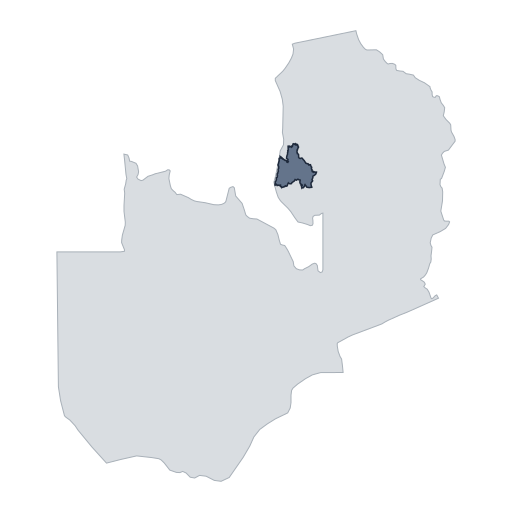 Mansa, Luapula, Zambia shown in context
{"feature_id": "96606910B48291631033153", "entity_name": "Mansa", "entity_type": "district", "adm_level": 2, "iso_a3": "ZMB", "parent_name": "Zambia", "parent_adm1": "Luapula", "projection": "equal_earth", "projection_center": [28.97, -11.124], "detail": "fine", "context": "in_parent", "style": "filled", "palette": "slate", "viewbox_px": 512, "rotation_deg": 0, "n_neighbors": 0, "source": "geoboundaries", "source_scale": "gbopen_adm2", "svg_char_len": 9037}
<svg xmlns="http://www.w3.org/2000/svg" viewBox="0 0 512 512"><path d="M343.1,372.5L320.5,372.6L312.3,374.9L305.6,378.6L297.5,384.2L292.9,388.2L291.6,390.4L291.0,395.2L291.0,402.6L290.2,408.0L287.7,412.9L275.5,418.8L267.6,423.7L259.8,429.4L253.9,436.9L249.8,446.0L243.2,457.3L229.2,477.5L221.1,481.3L214.3,480.4L206.1,476.2L199.5,475.4L194.7,478.0L190.2,477.2L186.1,473.0L182.7,471.4L179.9,472.6L176.4,472.4L169.8,470.1L164.2,462.9L161.1,459.9L158.8,458.7L152.0,457.6L136.6,455.9L120.6,459.5L106.5,463.1L92.0,447.1L78.0,430.1L75.1,425.7L69.8,420.0L66.0,417.3L64.5,415.8L60.6,400.7L58.4,386.7L56.9,251.9L120.3,251.9L124.4,251.3L124.5,249.8L121.6,242.6L121.7,240.0L122.4,235.1L125.2,225.3L125.3,222.1L124.0,211.4L124.0,205.4L124.7,193.3L124.2,189.2L125.7,183.8L126.2,180.2L126.8,178.7L126.0,174.5L124.6,160.2L123.9,154.1L127.7,155.0L129.0,158.0L129.7,161.2L131.4,161.4L136.0,163.3L137.6,166.0L138.6,171.8L138.0,174.7L136.6,177.1L138.1,179.2L141.1,180.6L142.9,180.2L148.0,176.3L152.7,174.8L155.1,173.8L165.6,171.2L167.6,169.8L169.1,169.8L170.2,170.9L169.2,175.0L168.9,178.6L170.3,185.5L171.3,188.7L173.5,191.0L175.0,192.2L176.8,194.6L180.5,194.2L188.5,197.7L191.0,199.3L194.4,200.9L196.8,201.5L205.1,202.7L213.9,204.7L218.4,204.9L221.6,204.4L223.9,203.4L225.3,202.3L225.9,201.3L229.2,188.3L230.8,187.3L233.0,186.6L234.3,187.8L235.7,196.0L242.1,203.4L244.2,209.6L245.8,214.9L247.2,216.4L249.6,218.2L253.5,218.8L256.9,219.0L273.9,228.1L275.8,229.7L277.9,234.6L279.2,240.0L280.5,244.3L282.7,245.1L284.7,245.5L286.6,248.4L288.1,251.0L293.2,261.6L293.9,265.9L296.3,268.7L299.6,269.9L302.7,270.0L304.4,268.8L308.8,266.6L312.2,264.1L314.7,263.2L316.1,263.7L317.3,265.5L318.0,270.8L320.4,272.6L322.2,271.9L322.9,269.8L322.9,268.7L322.9,213.1L321.4,213.5L319.4,215.1L314.9,215.3L313.1,216.4L312.6,218.2L312.9,220.5L313.0,223.7L312.4,225.2L310.4,225.7L307.5,224.5L302.3,222.9L298.0,222.0L294.9,217.8L290.7,211.5L288.0,208.3L281.3,201.7L280.2,200.4L278.2,197.3L276.4,192.1L274.8,186.1L273.9,182.2L275.5,176.3L279.4,157.0L280.2,150.9L283.5,144.8L283.7,139.3L282.4,132.3L282.7,128.4L283.2,106.2L282.3,99.2L280.1,91.4L275.3,80.6L275.3,78.3L282.7,71.3L284.9,68.6L288.8,62.9L291.4,58.1L293.0,54.1L293.6,49.0L292.3,44.2L294.9,43.2L355.9,30.7L356.7,34.1L358.6,39.6L360.7,43.6L363.3,47.2L365.5,49.4L367.0,50.0L376.4,49.8L379.8,52.0L382.7,54.7L383.4,59.0L385.3,61.6L387.4,63.7L388.3,64.0L389.9,63.5L392.4,63.4L394.7,64.3L395.8,65.3L395.9,68.8L396.6,70.4L399.8,71.0L403.0,71.3L406.1,73.7L409.5,74.2L413.4,75.1L415.2,77.7L419.4,80.4L424.5,82.8L430.0,86.7L430.1,87.9L431.1,90.3L432.1,91.9L432.1,94.4L432.6,96.6L434.0,97.2L435.2,97.4L436.3,95.7L437.8,95.8L439.4,96.8L440.0,99.4L441.3,102.9L443.3,105.4L444.7,107.7L444.2,111.9L443.3,115.8L446.1,119.6L449.7,123.2L450.7,124.8L451.0,130.2L451.5,132.0L454.0,136.5L455.1,139.5L455.1,141.2L448.4,150.1L444.3,151.4L442.5,153.2L441.4,155.1L444.0,163.9L445.4,167.3L444.2,171.5L441.5,178.6L440.3,179.2L440.0,184.6L440.8,186.6L442.1,188.1L442.7,191.8L442.5,200.8L440.8,211.1L443.7,220.1L444.7,221.1L448.9,221.2L449.6,221.9L448.6,224.5L445.6,228.4L440.4,231.5L432.8,234.9L431.2,238.1L430.2,242.8L431.0,245.6L432.0,247.2L431.6,251.3L431.0,255.7L431.2,259.1L430.8,262.1L429.8,263.6L428.5,268.2L426.8,272.7L425.5,274.8L423.6,277.0L420.6,278.8L420.6,279.7L424.0,281.9L424.9,283.3L425.2,284.3L423.8,286.6L425.3,288.0L427.2,289.2L429.0,292.2L431.0,298.0L431.4,298.6L432.0,298.6L433.1,298.0L435.2,295.7L436.7,294.9L438.5,298.2L406.9,312.3L399.5,315.2L388.4,320.2L384.8,322.1L381.9,323.9L352.6,334.9L347.9,337.1L337.6,342.8L337.2,343.7L337.3,346.2L338.2,351.5L340.0,356.4L341.6,359.1L342.5,366.2L343.1,372.5Z" fill="#d9dde1" stroke="#a8b0b8" stroke-width="1"/><path d="M290.6,183.8L291.5,183.6L291.9,182.6L294.2,181.1L295.1,179.5L296.1,180.1L296.4,180.2L296.8,180.0L297.3,179.4L298.0,179.2L298.8,179.8L299.2,179.8L299.6,180.0L299.8,180.1L300.0,180.0L300.2,180.6L300.1,180.8L300.1,181.1L299.8,181.8L299.9,182.4L300.1,183.1L300.3,183.3L300.3,183.7L300.8,184.2L301.1,184.2L301.7,184.5L301.8,184.7L301.7,184.8L301.8,184.8L302.2,185.1L302.1,185.3L301.8,185.4L301.9,185.5L301.5,185.7L301.6,185.8L301.6,186.0L301.5,186.3L301.6,186.5L301.5,186.8L301.6,187.1L301.7,187.3L301.8,187.3L302.0,187.4L301.9,187.6L301.9,187.8L302.0,187.7L302.2,187.8L302.3,187.7L302.5,187.8L302.9,187.9L303.3,187.7L303.5,187.6L303.6,187.4L303.8,187.1L303.9,186.8L304.2,186.6L304.3,186.5L304.7,186.0L304.7,185.6L305.0,185.2L304.8,184.9L305.0,184.6L305.6,185.6L306.0,185.8L306.8,187.2L307.8,187.4L308.4,187.4L308.9,187.6L309.5,187.6L310.5,187.4L311.8,187.3L311.8,187.1L311.7,186.9L311.7,186.7L311.5,186.4L311.3,185.8L311.2,185.2L310.9,183.8L311.2,182.6L311.5,182.5L311.9,181.6L312.5,181.2L312.6,180.5L312.2,180.0L312.0,179.5L312.3,179.0L312.9,177.6L312.8,177.0L312.9,176.4L313.0,176.1L313.2,175.9L314.0,175.6L315.6,174.3L315.9,173.8L316.5,172.1L316.2,172.0L315.6,172.1L315.4,172.2L315.2,172.3L315.0,172.1L314.6,172.1L314.4,171.9L314.1,172.0L313.9,172.0L313.7,172.1L313.6,171.5L313.3,171.4L313.2,171.6L312.9,171.5L312.4,171.8L312.2,171.5L312.2,171.0L312.0,170.3L312.1,169.9L311.9,169.8L311.8,169.5L311.7,169.5L311.7,169.2L311.4,168.3L311.4,168.0L311.7,167.6L311.7,167.2L311.4,167.0L311.1,166.5L310.6,165.2L310.4,165.1L310.4,164.7L310.2,164.7L309.8,164.6L309.7,164.7L309.6,164.8L309.4,164.9L309.3,165.0L308.9,165.1L308.3,164.2L308.2,164.1L308.1,163.7L307.9,163.6L307.7,163.6L307.2,163.7L305.8,163.2L305.6,162.5L305.4,162.2L305.0,162.0L304.7,161.6L304.5,161.0L304.3,160.7L303.3,159.6L303.1,159.5L302.9,159.2L302.4,158.4L302.0,158.1L301.2,158.1L300.3,158.5L299.9,158.4L299.1,158.0L298.6,157.2L298.7,156.8L298.6,156.2L298.6,154.8L298.6,154.7L298.4,154.3L298.0,153.9L297.7,153.7L297.3,153.6L297.4,153.1L297.3,152.7L297.1,152.4L297.1,152.2L296.9,152.0L297.0,151.5L297.1,150.3L297.3,150.2L297.2,149.7L297.5,149.3L297.6,149.0L297.8,148.9L297.9,148.2L298.5,147.3L298.5,147.2L298.4,147.2L298.3,146.9L298.2,147.0L298.1,146.9L298.2,146.7L298.0,146.3L298.0,146.2L297.9,146.0L297.9,145.8L297.7,145.7L297.8,145.3L297.7,145.2L297.6,145.4L297.4,145.1L297.4,144.9L297.5,145.0L297.5,144.8L297.4,144.8L297.1,144.9L297.1,144.5L296.9,144.5L296.6,144.5L296.2,144.3L295.9,144.5L295.8,144.3L295.7,144.6L295.2,144.1L295.0,144.4L294.7,144.2L294.7,144.4L294.0,144.0L293.8,143.7L293.7,143.7L293.6,143.8L293.4,143.9L293.3,144.0L293.0,144.0L292.9,144.6L292.8,144.9L292.7,145.1L292.5,146.0L292.3,145.9L292.2,146.0L292.2,146.3L291.9,146.8L291.7,146.6L291.5,147.1L291.4,147.0L291.5,146.8L291.5,146.6L291.3,146.4L291.2,146.9L290.9,146.7L290.6,146.7L290.4,146.8L290.1,146.7L289.8,146.7L289.7,146.6L289.7,146.9L289.5,147.0L289.3,146.9L289.1,146.6L289.0,146.4L288.9,146.3L288.4,146.1L288.1,146.2L288.2,146.4L288.1,147.5L288.2,147.8L288.1,148.3L288.2,148.6L288.2,148.9L288.2,149.2L288.3,149.4L288.2,149.7L288.2,150.0L288.1,150.4L288.1,150.6L287.8,150.6L287.9,151.0L287.8,151.7L287.9,152.0L287.6,152.3L287.5,153.1L287.6,153.6L287.5,154.4L287.4,154.7L287.1,155.1L287.0,155.4L287.0,155.8L286.8,156.5L286.7,156.6L286.7,157.1L286.5,158.2L286.6,158.5L287.6,159.0L288.0,159.5L287.8,160.1L287.7,160.5L287.9,161.0L288.3,161.6L287.9,161.9L287.8,162.4L287.2,162.3L286.8,162.0L286.7,161.6L286.7,161.3L286.6,160.8L286.4,160.8L286.1,160.5L285.9,160.4L285.2,160.5L284.9,160.0L284.5,160.0L284.4,159.8L284.2,159.7L283.9,159.6L283.7,159.3L283.6,159.2L283.5,159.4L283.4,159.4L283.2,159.3L283.1,159.1L282.9,159.0L282.8,158.9L282.6,158.9L282.4,158.6L281.8,158.4L281.9,158.2L281.7,158.2L281.8,158.0L281.6,158.0L281.6,157.8L281.5,157.7L281.4,157.6L281.3,157.4L281.2,157.5L281.2,157.4L280.9,157.4L280.7,157.1L280.6,156.9L280.2,156.5L280.1,157.6L280.0,157.9L279.2,158.4L279.1,158.7L279.2,160.1L279.2,161.0L278.7,162.2L278.7,162.7L278.5,163.3L278.5,163.9L278.2,164.2L278.0,164.7L278.0,165.1L278.6,166.1L278.7,166.8L278.7,168.3L278.1,169.3L278.2,169.7L278.1,170.2L278.3,170.7L278.4,171.1L278.2,171.7L278.0,171.8L277.9,172.0L277.8,173.2L277.3,173.5L277.2,173.8L277.2,174.1L277.3,174.4L277.1,174.8L277.1,175.3L277.5,175.8L277.4,176.1L277.3,176.3L277.3,177.1L276.9,177.4L276.4,177.6L276.3,177.9L276.2,178.1L276.5,178.9L276.5,179.2L276.1,180.0L276.2,180.5L275.9,181.0L275.2,181.8L275.2,182.6L275.3,183.2L275.0,183.8L275.1,184.1L275.0,184.5L275.4,184.4L275.4,184.7L275.5,184.6L275.6,184.8L275.7,184.7L275.8,184.8L276.0,184.7L276.3,184.8L276.3,184.6L276.5,184.4L276.7,184.6L276.7,184.9L276.8,184.9L276.9,185.1L277.1,185.1L277.2,185.3L277.4,185.3L277.4,185.5L277.9,185.4L278.0,185.4L278.3,185.3L278.6,185.1L278.8,185.2L279.1,185.3L279.1,185.2L279.3,185.2L279.3,185.3L279.6,185.3L279.7,185.2L280.0,185.2L280.3,185.1L280.5,185.1L280.5,185.4L280.4,185.9L280.5,186.0L280.4,186.4L280.5,186.5L280.6,186.4L280.8,186.4L281.0,186.7L281.3,186.7L281.6,186.8L281.7,187.0L281.8,187.6L282.3,187.3L282.9,187.2L283.4,186.9L283.5,187.0L283.7,186.9L284.0,186.9L284.3,186.8L284.4,186.5L284.6,186.3L285.2,186.1L285.3,186.2L285.6,185.8L286.1,186.1L286.3,186.1L286.5,186.2L286.9,186.0L287.0,185.8L287.3,185.7L287.6,184.3L288.3,183.0L288.5,183.3L288.9,183.5L289.4,183.5L289.6,183.7L290.0,183.7L290.6,183.8Z" fill="#64748b" stroke="#1e293b" stroke-width="1.5"/></svg>